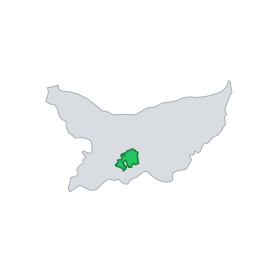 location of Criuleni within Moldova, rotated 111°
{"feature_id": "MDA-1634", "entity_name": "Criuleni", "entity_type": "District", "adm_level": 1, "iso_a3": "MDA", "parent_name": "Moldova", "parent_adm1": "", "projection": "equal_earth", "projection_center": [29.094, 47.155], "detail": "fine", "context": "in_parent", "style": "filled", "palette": "green", "viewbox_px": 256, "rotation_deg": 111, "n_neighbors": 0, "source": "natural_earth", "source_scale": "10m", "svg_char_len": 2829}
<svg xmlns="http://www.w3.org/2000/svg" viewBox="0 0 256 256"><g transform="rotate(111 128 128)"><path d="M47.6,50.9L48.6,48.9L58.1,43.5L60.5,44.4L65.4,44.6L75.5,44.4L80.4,40.8L83.5,41.8L86.0,40.2L90.1,38.2L90.7,38.6L91.2,39.0L97.6,39.9L102.4,41.8L105.6,44.8L108.9,46.6L112.3,47.3L114.2,48.8L114.6,51.1L117.8,52.2L123.8,52.2L126.4,53.7L125.4,56.7L126.1,57.7L128.2,56.6L129.8,57.5L130.7,59.8L131.6,60.8L134.7,57.3L138.0,57.7L145.8,59.1L150.0,66.4L152.6,69.0L154.9,70.1L157.8,68.9L160.4,67.6L161.9,68.2L165.1,73.0L165.8,79.4L165.8,81.9L164.7,86.2L163.1,90.8L161.8,93.8L162.3,96.1L163.5,98.2L165.3,98.8L171.5,102.9L173.7,105.7L177.1,107.8L179.6,107.9L180.9,109.1L181.4,110.5L181.0,114.1L179.6,117.5L179.8,119.7L182.1,122.3L182.3,125.3L182.5,127.2L183.6,128.7L189.3,132.1L196.6,135.3L198.4,138.0L199.6,141.5L199.3,147.4L198.8,152.5L208.4,159.4L207.3,160.7L205.9,162.1L196.7,163.2L194.9,163.8L190.9,158.6L188.8,157.9L186.8,159.8L184.5,160.9L181.8,160.4L178.8,158.7L177.3,157.6L176.1,157.5L174.3,158.6L171.8,158.1L170.2,156.8L167.9,161.3L166.5,162.2L165.6,162.0L165.4,154.6L164.7,153.4L162.9,153.2L158.4,155.0L154.2,157.3L152.7,159.4L152.9,163.1L153.5,167.5L156.4,174.2L154.8,177.1L153.7,181.8L149.1,186.0L144.0,188.5L143.5,193.6L140.6,197.1L135.7,200.6L132.4,204.8L133.3,207.7L133.5,210.4L132.9,212.3L132.8,213.7L131.5,214.4L124.0,214.9L121.8,215.8L119.4,217.8L117.1,214.0L114.8,210.6L113.0,208.8L113.8,208.0L115.7,207.1L117.0,205.9L116.9,202.0L115.9,197.4L115.0,195.2L114.9,191.8L114.3,186.4L115.3,176.4L119.1,163.9L121.2,157.8L120.2,154.4L121.0,146.5L119.4,142.6L116.9,137.5L113.4,126.4L108.9,122.5L103.4,118.3L101.1,115.1L99.5,111.6L96.2,108.2L92.5,105.0L88.1,97.0L85.8,93.4L85.0,92.4L80.0,87.3L77.3,82.7L76.0,78.9L75.2,75.4L71.7,68.5L68.5,63.3L65.4,59.7L64.0,57.1L60.4,53.8L55.3,51.2L51.9,50.7L47.6,50.9Z" fill="#d9dde1" stroke="#a8b0b8" stroke-width="1"/><path d="M148.9,119.5L147.8,117.9L146.2,116.9L146.0,115.1L146.5,113.1L147.2,112.6L147.0,111.0L148.2,109.4L149.9,109.7L151.8,108.8L153.6,107.4L155.5,106.8L157.1,105.4L159.4,107.6L159.7,109.1L159.5,110.5L161.2,111.3L163.1,110.6L163.6,111.4L164.4,113.4L163.6,113.7L162.8,115.5L161.3,116.2L160.5,117.1L159.7,118.2L159.3,119.1L160.0,119.3L160.7,119.6L161.6,120.5L161.8,120.7L162.1,120.3L162.9,119.4L163.3,118.4L163.8,118.4L164.4,118.6L164.8,118.5L165.0,117.8L164.8,117.1L164.4,116.5L164.4,115.9L164.8,115.5L165.3,115.4L165.9,115.7L165.9,115.8L166.3,116.3L166.6,116.3L167.0,115.5L167.6,115.7L168.3,116.3L168.9,116.7L169.5,116.8L169.6,117.1L168.5,117.5L167.8,118.9L167.6,121.3L167.6,123.7L167.8,125.4L167.2,126.5L165.8,125.9L164.5,125.1L162.9,125.6L161.4,125.9L160.1,122.9L158.7,122.6L157.4,123.3L156.5,124.7L155.7,124.7L154.9,124.5L155.3,122.5L154.6,121.6L154.3,122.7L153.8,123.5L151.7,120.9L150.0,120.8L148.9,119.5Z" fill="#22c55e" stroke="#15803d" stroke-width="1.5"/></g></svg>